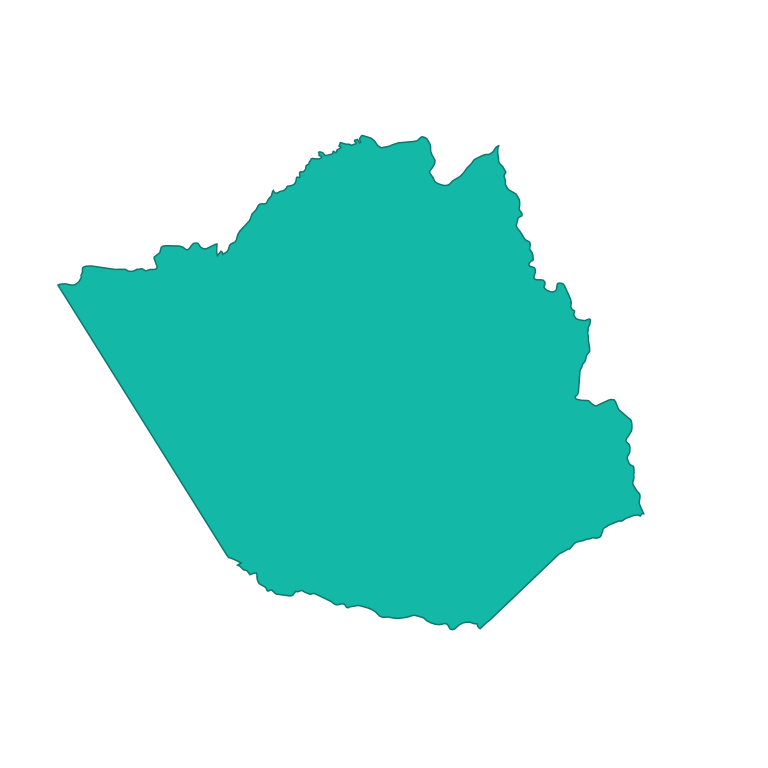 SVG path tracing the border of Western, rotated 328°
{"feature_id": "ZMB-523", "entity_name": "Western", "entity_type": "Province", "adm_level": 1, "iso_a3": "ZMB", "parent_name": "Zambia", "parent_adm1": "", "projection": "mercator", "projection_center": [24.246, -15.661], "detail": "fine", "context": "isolated", "style": "filled", "palette": "teal", "viewbox_px": 768, "rotation_deg": 328, "n_neighbors": 0, "source": "natural_earth", "source_scale": "10m", "svg_char_len": 6171}
<svg xmlns="http://www.w3.org/2000/svg" viewBox="0 0 768 768"><g transform="rotate(328 384 384)"><path d="M163.8,460.0L168.0,460.0L163.6,452.9L160.3,448.7L160.0,445.9L159.9,127.3L162.1,127.7L165.9,129.6L167.4,130.6L170.5,133.7L173.1,135.6L175.2,136.0L177.3,136.0L179.4,135.6L183.5,133.5L184.8,131.2L187.5,129.4L189.2,126.6L190.2,125.8L191.6,125.6L193.8,126.3L198.2,128.7L216.5,144.2L225.1,149.5L225.7,150.2L227.2,153.1L230.3,155.1L232.1,155.6L235.7,155.9L236.8,156.9L239.0,157.5L240.3,158.7L241.8,161.8L246.3,162.9L250.0,165.2L251.6,165.6L253.0,165.3L253.9,163.9L255.6,155.7L256.3,154.6L263.5,153.8L267.6,150.0L269.5,149.9L272.6,151.3L283.5,158.5L286.0,161.4L287.1,164.6L288.1,165.9L289.4,166.1L291.6,165.6L295.5,164.0L297.2,163.9L298.3,164.3L299.9,165.2L300.5,165.9L300.8,166.6L300.9,170.1L301.3,171.5L302.7,173.7L303.7,174.5L305.5,175.2L315.2,176.2L316.5,176.7L315.9,177.9L314.3,179.9L311.5,184.3L310.9,186.9L316.1,185.0L316.7,186.6L316.1,188.6L321.2,188.6L323.2,187.6L326.4,184.7L328.6,184.1L332.6,184.6L334.1,184.1L335.5,183.3L339.3,179.7L342.8,177.9L355.7,174.5L357.9,173.3L362.4,169.8L367.5,168.6L371.9,166.1L373.8,165.6L375.9,166.4L377.9,167.8L380.1,168.4L384.2,165.9L388.4,164.7L391.4,161.8L392.7,161.2L392.6,163.7L393.6,165.1L395.5,165.6L397.9,165.6L400.5,166.6L402.4,166.9L405.3,166.0L406.3,165.2L407.0,165.2L411.1,166.8L412.6,167.0L413.8,166.9L415.1,166.5L416.7,165.4L419.1,162.7L419.6,162.5L420.2,162.6L421.7,164.1L422.6,163.8L423.8,160.9L424.7,159.9L425.9,159.9L427.7,161.1L429.5,161.1L431.8,159.9L433.3,157.8L433.9,157.5L436.6,157.6L437.2,157.3L438.0,156.3L439.9,155.6L441.6,154.6L442.9,154.8L444.8,156.4L448.1,158.7L449.6,159.0L451.3,158.8L451.6,158.4L451.5,157.8L450.1,156.1L450.1,155.5L451.2,154.1L451.4,152.9L452.0,152.9L452.8,153.3L454.6,155.5L455.0,158.7L455.7,159.3L456.8,159.9L461.5,161.4L462.8,161.2L464.0,159.9L464.4,159.9L465.4,161.7L465.9,162.1L466.7,162.0L468.1,160.7L468.8,160.6L471.4,160.9L472.7,160.7L473.0,160.3L471.9,158.5L472.1,158.1L473.3,157.7L474.5,156.3L475.0,156.2L479.0,160.6L481.5,162.2L483.2,164.6L484.7,164.6L487.4,165.3L487.8,165.1L488.1,164.6L487.7,162.7L487.9,162.1L488.2,161.8L491.0,162.4L491.1,163.2L490.9,166.2L491.0,166.6L491.4,166.8L492.4,166.6L492.8,164.0L493.5,162.9L496.7,161.5L497.8,162.2L503.2,168.5L504.8,172.8L504.9,178.3L506.6,181.8L507.3,182.4L514.7,185.2L517.3,185.5L523.9,187.1L538.1,194.2L540.3,195.0L541.5,195.2L546.4,194.3L547.3,194.6L548.2,195.3L549.5,196.9L550.3,198.9L550.2,204.4L549.3,207.4L547.2,210.8L546.7,212.2L546.1,215.1L545.7,221.5L544.0,223.6L543.1,224.4L539.4,226.3L535.9,227.6L534.7,229.1L534.6,230.7L535.0,234.4L534.4,238.6L534.6,240.0L535.4,241.8L536.9,243.9L539.5,246.9L540.5,247.7L542.5,248.8L544.3,249.3L546.4,249.1L549.9,248.1L558.3,248.3L563.1,247.2L569.2,244.7L574.7,243.5L578.9,241.7L580.5,241.6L588.7,242.4L592.4,243.5L594.0,244.7L595.9,245.1L599.9,244.8L603.4,243.0L604.9,242.6L608.1,242.7L606.3,243.6L605.0,245.0L602.8,248.4L600.8,253.1L599.4,255.5L599.0,257.6L599.1,259.6L599.9,262.2L599.6,268.6L599.3,269.2L596.7,270.5L595.8,271.5L594.8,275.8L592.7,279.2L592.4,283.1L592.7,285.4L596.6,292.8L596.5,299.1L595.4,301.8L593.6,304.5L591.3,307.1L591.1,308.4L591.4,312.1L590.8,313.7L589.9,314.4L586.7,314.1L585.5,314.5L580.0,319.8L579.6,321.8L580.2,326.6L580.1,335.5L580.7,337.3L582.4,340.1L582.6,341.6L581.7,343.6L579.3,346.3L579.0,348.1L579.2,351.3L578.3,354.1L576.5,357.5L575.7,358.2L573.9,357.7L573.3,357.8L570.8,358.8L570.0,359.7L569.9,360.5L570.2,361.6L573.1,364.9L573.0,366.7L571.9,369.1L567.9,372.6L567.3,373.9L567.6,375.2L568.5,376.4L572.9,379.2L574.1,380.6L574.4,382.0L574.1,383.7L573.1,385.0L571.4,386.1L570.9,387.6L571.6,390.5L574.2,394.2L575.2,395.0L576.5,395.6L578.0,395.8L579.5,395.6L580.6,395.0L583.5,391.5L584.6,390.9L585.9,391.2L587.6,392.3L589.0,394.4L589.1,396.8L587.2,410.8L585.9,414.3L583.3,417.5L583.1,420.3L583.4,421.3L584.2,422.4L584.3,423.0L583.7,423.9L581.5,425.8L581.3,428.2L581.7,430.6L583.2,432.7L587.7,436.6L592.2,437.6L592.8,437.9L593.0,439.1L590.4,442.3L587.7,443.9L586.7,444.7L585.7,446.5L583.9,448.5L582.0,452.9L580.4,455.4L577.3,462.7L575.7,465.3L570.7,467.1L567.7,470.4L566.0,471.5L563.3,472.3L560.3,474.7L558.1,475.9L557.1,476.8L544.5,494.0L542.3,495.5L539.2,496.2L538.9,497.3L539.2,498.8L539.9,499.7L543.3,502.8L547.8,505.8L548.7,506.7L549.7,510.8L551.2,514.2L551.9,514.8L552.8,515.1L565.9,516.7L568.2,517.4L570.8,519.4L570.9,522.1L569.7,528.4L569.6,530.5L574.3,545.6L573.3,548.7L571.2,552.4L569.1,554.9L562.7,558.1L561.4,558.4L559.3,559.9L558.9,561.8L559.8,564.8L559.8,565.6L558.8,568.5L556.4,571.9L555.7,572.5L552.2,574.4L551.2,575.2L550.7,576.2L549.8,581.1L550.3,583.5L551.7,585.6L551.6,587.2L549.2,591.5L547.9,593.0L545.8,596.6L542.4,599.7L541.8,602.0L541.8,609.2L542.5,612.3L542.4,613.3L541.2,615.6L537.5,619.8L536.7,622.7L535.5,631.7L534.0,630.6L531.4,631.8L529.8,629.5L526.5,627.9L517.8,626.1L513.8,626.3L512.5,626.0L510.3,624.5L499.6,622.8L493.9,622.8L492.7,623.2L491.2,625.0L489.8,625.8L487.9,627.5L486.6,628.1L485.4,628.2L482.3,627.3L479.4,624.8L476.2,624.3L473.8,623.1L470.1,622.4L464.7,620.5L462.5,620.0L460.2,620.3L454.0,622.3L452.6,621.5L445.9,621.3L443.6,620.9L441.3,621.1L347.8,640.5L345.4,640.5L335.9,642.4L335.2,640.7L335.1,639.0L336.0,637.1L333.1,634.7L330.8,631.8L328.2,629.9L324.5,628.5L320.4,628.1L314.0,629.2L311.8,628.6L310.3,627.0L310.2,625.1L310.5,623.0L310.1,620.9L308.8,619.5L303.2,617.3L300.2,614.9L297.1,611.3L294.8,607.4L293.8,603.8L293.0,602.4L287.8,596.7L286.0,595.6L280.0,594.0L272.4,590.6L269.0,588.4L264.0,583.8L260.1,581.7L258.5,580.3L257.3,578.4L255.9,572.3L254.1,568.7L251.6,565.3L246.0,559.2L244.2,557.9L236.7,554.8L235.1,554.8L234.4,554.2L233.8,553.1L233.8,550.8L233.6,549.7L232.0,548.1L228.0,546.8L226.2,545.7L225.1,544.0L223.8,540.3L214.7,525.8L213.7,524.6L212.5,523.9L209.8,523.2L206.3,518.2L205.5,516.4L204.2,515.2L200.9,514.6L198.9,512.9L198.0,513.6L194.9,514.6L193.9,514.7L192.2,514.1L181.4,505.2L180.6,503.4L179.7,499.3L178.3,498.5L175.9,498.2L175.4,497.2L175.8,494.0L175.1,492.2L172.9,488.5L172.4,486.9L172.5,484.7L173.1,482.2L174.2,479.9L175.3,478.3L175.6,476.6L173.5,475.6L169.3,474.7L168.9,469.7L166.4,467.1L165.1,461.8L163.8,460.0Z" fill="#14b8a6" stroke="#0f766e" stroke-width="1.5"/></g></svg>